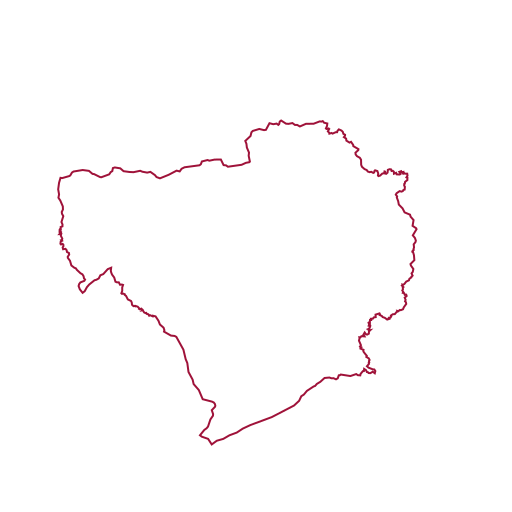 Phan, Chiang Rai, Thailand, rotated 63°
{"feature_id": "78962969B39225899035049", "entity_name": "Phan", "entity_type": "district", "adm_level": 2, "iso_a3": "THA", "parent_name": "Thailand", "parent_adm1": "Chiang Rai", "projection": "mercator", "projection_center": [99.78, 19.567], "detail": "fine", "context": "isolated", "style": "outline", "palette": "rose", "viewbox_px": 512, "rotation_deg": 63, "n_neighbors": 0, "source": "geoboundaries", "source_scale": "gbopen_adm2", "svg_char_len": 6124}
<svg xmlns="http://www.w3.org/2000/svg" viewBox="0 0 512 512"><g transform="rotate(63 256 256)"><path d="M403.8,381.0L402.8,374.8L404.1,368.2L403.7,361.0L404.6,353.3L403.8,346.1L404.1,337.5L406.7,315.1L406.5,290.0L404.6,283.3L401.5,279.3L401.2,276.3L399.3,271.9L398.4,263.9L398.6,262.3L397.6,259.9L397.3,255.8L395.8,250.3L397.6,245.8L399.2,244.3L400.1,242.4L402.2,240.7L402.1,238.7L399.9,236.4L400.3,235.4L400.1,234.3L405.8,226.4L406.7,220.3L408.4,219.4L409.7,217.3L408.5,216.3L407.1,213.0L407.5,212.1L405.7,210.9L407.7,209.8L409.7,209.9L410.2,209.1L411.4,208.8L412.3,207.3L412.1,204.5L414.4,203.4L412.7,201.9L410.8,202.1L410.1,203.3L406.6,206.4L404.6,207.2L403.4,204.3L402.4,204.1L402.2,203.4L400.9,203.1L400.2,202.0L398.4,202.0L396.0,203.5L395.3,202.6L390.6,203.6L389.3,203.5L388.4,202.8L385.9,205.0L385.4,204.7L385.1,203.6L383.9,204.4L383.1,203.0L378.2,202.7L376.3,201.1L375.3,200.8L375.9,199.9L375.3,198.5L376.9,195.8L376.1,195.8L375.9,196.7L375.2,196.5L373.5,193.9L375.8,193.5L376.5,192.6L376.4,190.7L374.5,189.6L374.0,188.0L373.7,189.2L373.0,189.3L373.4,188.8L372.5,188.3L372.0,189.0L371.7,187.4L370.5,186.2L369.6,187.0L369.4,186.2L368.8,186.7L368.4,186.2L368.8,185.7L367.5,185.0L367.1,186.1L366.5,186.0L366.4,184.5L364.8,183.5L365.3,182.5L364.1,182.1L364.9,180.4L364.2,178.9L364.8,177.1L362.5,176.1L363.2,172.0L364.2,172.0L364.7,172.6L366.6,171.1L367.9,170.9L369.5,169.3L372.2,168.0L372.6,165.5L372.1,165.3L371.6,166.1L371.3,165.5L371.9,164.1L371.2,162.9L370.3,162.8L370.0,160.6L370.8,158.7L369.7,156.2L369.8,155.1L369.1,155.0L369.8,154.2L369.4,152.3L370.0,151.6L370.2,149.2L368.8,147.6L366.9,143.9L365.2,143.4L364.1,143.8L363.0,142.6L360.6,142.4L360.1,140.0L359.3,139.7L358.5,139.8L358.1,141.1L356.3,140.9L355.5,141.9L354.8,141.1L353.1,141.3L352.4,140.2L350.6,139.5L350.5,138.8L348.7,139.4L348.6,138.6L347.9,138.5L348.4,137.8L348.3,136.5L347.0,133.8L347.1,130.8L345.9,129.6L345.6,127.3L345.1,127.1L344.6,125.4L342.1,125.3L341.3,123.5L339.0,121.7L334.8,122.3L333.3,122.0L331.6,116.8L327.0,114.9L323.9,114.3L323.4,114.8L322.8,114.6L322.2,112.7L321.5,112.7L320.1,111.3L317.2,110.2L316.0,107.6L314.9,106.6L312.1,106.2L308.8,106.9L305.0,100.8L304.0,100.7L300.2,102.8L295.5,99.3L291.2,100.4L289.1,100.0L284.6,103.8L280.1,103.8L275.0,105.4L271.6,104.4L267.8,104.0L267.0,103.2L264.8,103.6L263.9,102.2L263.4,98.6L264.7,97.1L264.8,95.7L264.1,94.7L264.3,93.4L261.9,91.9L260.5,92.0L259.1,91.2L259.1,90.6L257.6,89.5L257.1,86.7L254.9,85.5L254.2,86.2L253.1,84.5L251.3,83.9L250.3,85.9L249.3,86.3L249.5,87.5L248.8,87.6L247.9,86.7L247.3,88.4L246.3,88.2L246.1,90.1L248.0,89.7L248.6,90.0L248.6,91.0L247.1,93.6L245.5,93.4L245.3,95.7L243.4,94.9L242.1,95.5L241.8,96.6L240.1,96.4L239.3,97.6L239.1,99.4L241.4,100.9L241.9,102.6L241.2,103.5L239.4,102.7L239.0,103.1L240.4,104.2L239.9,106.1L240.7,108.9L240.4,110.6L239.6,110.8L237.9,109.6L235.4,109.3L233.7,111.0L233.9,111.7L235.2,112.8L235.2,113.8L233.3,115.1L232.9,116.7L231.4,118.1L229.7,118.3L227.9,119.8L224.6,121.1L222.5,120.9L217.9,118.7L215.6,118.9L212.9,120.7L210.8,121.1L209.1,120.5L208.1,116.8L207.3,116.2L202.3,119.4L201.1,119.0L197.4,119.5L197.4,121.2L194.2,123.1L192.3,122.4L190.0,123.7L189.3,122.1L188.4,121.6L186.8,122.7L184.8,122.3L183.0,122.9L180.8,124.7L181.5,126.6L182.5,127.5L181.9,128.7L181.7,132.2L180.7,132.8L180.3,135.1L179.3,134.8L177.6,135.4L176.0,133.1L175.3,133.4L174.9,135.4L174.1,135.8L172.4,133.7L170.3,132.3L168.2,134.8L166.1,135.3L166.0,136.6L165.0,138.1L164.3,144.6L160.9,151.5L160.5,158.1L157.9,159.8L156.9,161.8L154.1,163.2L153.0,167.1L151.7,169.2L146.7,172.1L147.0,173.8L149.0,175.5L149.3,176.6L147.4,177.5L146.4,180.8L143.8,183.7L148.1,189.9L147.5,191.7L144.3,195.4L143.1,202.1L143.7,203.9L146.6,206.4L148.6,213.3L151.7,213.6L155.2,214.9L160.7,215.3L163.3,217.0L169.1,218.6L169.4,219.3L168.4,222.7L168.2,227.4L163.7,240.5L161.7,241.5L160.3,243.6L154.1,243.5L151.3,249.1L149.9,254.3L148.5,255.6L147.2,261.3L149.2,263.5L149.5,265.2L144.5,279.4L144.5,282.7L146.0,285.6L143.9,288.0L144.0,296.9L143.2,306.3L140.5,308.8L138.1,309.3L133.1,311.9L132.3,315.1L129.3,319.0L127.5,320.5L125.7,327.1L123.7,330.6L120.3,335.5L116.3,337.1L113.0,341.6L112.7,343.6L115.1,345.5L115.3,347.4L116.6,349.7L115.6,358.1L114.9,359.1L109.5,363.1L108.6,364.4L104.3,366.2L100.7,371.4L97.9,380.2L98.1,382.1L99.9,384.9L100.0,386.1L98.6,393.3L97.6,394.7L101.3,398.2L106.8,402.0L111.7,403.5L114.4,405.6L117.7,405.2L124.1,405.6L126.9,406.9L128.6,409.1L130.3,409.7L133.0,409.6L137.4,413.9L140.1,414.1L141.7,415.0L141.5,416.9L143.5,417.8L143.1,418.5L143.5,419.1L144.3,419.5L145.1,419.0L145.2,420.0L145.9,420.3L146.4,419.9L146.0,419.2L146.5,419.1L147.3,421.1L148.0,419.6L149.3,420.7L152.6,420.7L153.6,421.6L153.5,422.2L154.4,421.9L154.4,423.4L156.3,424.7L157.2,424.5L157.4,422.8L158.4,422.5L159.8,423.1L160.6,424.4L162.4,424.8L163.1,422.5L164.8,422.1L166.6,422.6L168.4,421.3L169.9,421.8L171.2,424.1L172.2,424.5L175.8,423.9L180.6,424.8L184.0,423.2L185.2,422.1L187.0,421.9L191.7,420.2L193.5,419.0L195.7,418.8L197.8,419.4L199.4,419.0L200.2,420.3L199.8,424.5L200.7,426.3L202.2,427.7L205.7,428.1L210.1,427.2L209.6,424.6L207.0,420.8L205.7,417.6L204.3,410.9L204.7,409.1L204.6,406.3L202.5,403.4L202.8,400.3L200.4,394.1L200.7,390.4L203.3,392.1L205.0,392.5L207.2,392.7L210.8,392.1L215.1,392.9L216.3,391.9L217.2,390.2L219.9,390.2L220.5,388.5L221.4,387.6L223.3,389.5L226.3,391.0L228.1,392.9L228.9,392.6L229.2,391.4L230.5,390.3L231.1,390.6L232.6,389.9L236.5,389.9L239.3,387.8L240.9,387.8L243.2,388.6L245.1,387.9L245.4,386.6L246.0,386.4L245.9,385.9L247.5,384.4L249.7,383.8L250.0,384.2L250.8,383.7L250.8,382.1L252.4,381.5L252.7,382.2L252.9,381.5L255.5,381.3L256.8,380.3L256.9,379.6L258.0,379.6L259.0,378.4L260.7,378.3L260.6,377.3L262.9,375.4L262.4,375.0L264.2,372.9L269.4,372.3L273.4,372.7L277.9,370.9L280.5,371.3L281.6,372.3L288.3,367.9L290.3,364.8L291.9,363.7L306.5,363.2L316.0,365.5L320.2,365.8L328.7,368.8L337.4,368.6L341.8,369.7L349.5,367.8L359.4,368.5L365.8,361.3L367.4,360.1L369.2,359.8L370.9,360.2L371.7,360.9L373.3,365.4L377.4,366.0L378.8,366.9L380.9,370.8L386.2,376.2L387.1,378.3L387.5,381.0L390.3,387.3L392.4,386.3L397.2,381.7L403.8,381.0Z" fill="none" stroke="#9f1239" stroke-width="2"/></g></svg>